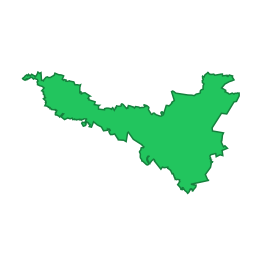 outline of Cereté, Córdoba, Colombia, rotated 4°
{"feature_id": "7082276B12261061715125", "entity_name": "Cereté", "entity_type": "district", "adm_level": 2, "iso_a3": "COL", "parent_name": "Colombia", "parent_adm1": "Córdoba", "projection": "albers", "projection_center": [-75.84, 8.882], "detail": "fine", "context": "isolated", "style": "filled", "palette": "green", "viewbox_px": 256, "rotation_deg": 4, "n_neighbors": 0, "source": "geoboundaries", "source_scale": "gbopen_adm2", "svg_char_len": 5820}
<svg xmlns="http://www.w3.org/2000/svg" viewBox="0 0 256 256"><g transform="rotate(4 128 128)"><path d="M181.5,181.1L183.6,183.0L184.9,184.7L185.2,184.7L185.1,185.5L185.5,185.5L185.5,184.7L185.9,184.7L185.8,185.6L186.2,185.7L186.4,183.7L187.1,183.8L187.0,185.4L188.2,185.1L189.0,186.3L191.0,187.7L192.1,189.0L192.9,188.2L193.5,187.1L194.1,185.1L194.5,184.5L194.8,184.4L195.0,185.0L195.8,184.4L196.4,184.9L196.9,185.3L196.5,186.1L197.0,186.3L198.3,184.1L199.4,182.7L199.8,181.9L199.9,180.2L197.7,180.2L194.7,179.7L212.5,174.5L211.6,174.4L211.1,174.2L208.4,169.0L213.0,161.6L213.5,158.0L213.1,157.2L214.4,156.4L214.7,155.8L212.8,155.1L213.3,154.1L212.8,154.0L212.3,153.5L211.9,153.7L212.3,153.2L212.1,153.0L212.6,152.7L212.7,152.4L212.0,151.4L211.6,150.3L212.4,148.9L217.0,147.4L217.3,147.4L218.0,150.5L221.7,148.3L224.5,148.9L223.4,143.8L228.6,141.3L225.9,139.0L224.6,140.1L222.4,136.3L222.0,134.9L222.1,134.1L222.5,134.1L222.7,128.6L223.6,126.2L212.5,125.1L211.9,122.0L220.2,106.8L225.5,107.1L231.9,94.6L234.3,93.9L236.6,88.4L236.6,87.4L236.4,85.4L236.1,85.4L235.7,85.7L234.9,85.4L233.8,85.9L232.3,85.9L231.3,86.7L229.5,85.9L227.2,87.1L226.7,87.1L226.0,86.8L225.2,86.1L224.6,86.1L223.2,85.2L222.3,85.1L222.8,83.6L218.6,81.5L221.6,77.4L225.8,74.7L228.3,73.7L230.4,72.6L228.5,70.0L228.7,68.8L225.3,68.1L224.1,69.7L223.2,69.3L223.5,68.8L223.2,68.5L218.7,69.4L218.4,67.6L217.0,67.8L211.0,69.3L210.8,69.0L210.3,68.9L210.0,68.4L209.5,68.3L207.6,68.8L206.9,68.6L206.3,68.9L205.1,68.4L205.0,68.0L204.5,67.8L204.2,67.1L203.7,67.0L203.2,67.8L201.3,69.4L200.5,70.9L200.5,71.7L199.6,71.7L198.8,71.2L198.7,71.8L199.0,72.5L199.0,73.3L199.5,73.9L199.7,74.6L198.8,75.5L199.1,77.6L200.3,78.3L200.7,78.8L200.0,80.4L200.1,84.2L198.7,84.6L197.8,85.5L197.5,86.3L197.7,87.6L197.4,88.2L195.3,89.0L193.7,89.4L191.8,91.1L189.3,90.8L185.4,90.9L173.2,89.9L171.4,88.6L170.0,88.0L169.7,88.1L168.9,88.7L172.3,97.4L169.9,99.3L170.2,99.9L167.9,102.7L167.2,103.2L166.4,102.8L164.6,102.8L162.5,111.7L161.3,109.6L160.7,109.5L160.1,109.8L159.8,110.3L159.9,111.0L161.2,113.0L160.9,113.5L159.8,113.9L158.1,113.7L156.5,113.1L155.3,113.0L154.7,112.4L154.0,112.2L153.5,111.5L152.9,111.3L152.0,111.5L151.0,112.8L150.4,112.8L147.1,108.3L147.1,107.8L147.4,106.2L147.1,105.7L145.2,104.4L141.9,103.6L143.1,104.7L144.8,105.2L143.2,105.4L142.4,106.3L142.0,106.5L140.1,106.6L138.1,107.1L137.5,106.4L134.1,106.1L133.8,106.8L133.5,106.7L133.0,107.7L131.6,106.6L131.5,106.8L128.9,105.9L126.8,105.6L126.6,106.9L125.8,107.8L126.3,108.1L125.2,108.7L121.8,105.2L120.8,104.5L120.0,104.4L119.5,105.0L119.7,106.3L119.2,106.7L116.8,107.0L115.1,106.7L114.7,108.5L114.1,108.4L113.9,109.4L113.1,111.3L111.3,108.8L110.6,109.5L110.3,110.5L108.8,109.8L106.9,109.6L105.1,109.7L103.3,110.3L103.3,111.5L97.3,111.2L97.0,108.3L97.9,107.4L96.7,107.5L92.8,107.0L93.4,104.2L87.0,102.6L87.2,101.8L86.0,101.3L87.2,99.0L88.0,98.8L82.7,95.9L80.3,96.3L79.5,97.1L79.0,97.3L78.4,95.6L78.7,95.4L78.5,95.2L77.9,96.1L77.4,96.2L77.1,90.8L77.6,88.2L76.7,88.7L74.5,88.4L72.1,88.6L70.7,85.8L66.8,85.3L66.3,85.0L64.4,85.7L62.8,85.6L62.9,84.5L60.9,84.1L60.4,84.9L59.0,84.0L60.2,80.5L59.8,80.3L57.4,79.7L55.2,79.7L51.3,78.4L50.7,80.5L46.9,83.1L45.2,83.2L44.0,82.6L42.6,83.2L40.8,85.5L40.3,86.9L39.2,86.3L38.4,86.5L37.3,78.8L35.9,79.7L34.7,78.7L34.2,78.5L33.7,80.5L32.0,83.5L31.3,83.1L31.3,82.5L30.5,82.3L28.1,81.1L26.7,82.8L25.0,81.4L24.4,82.9L23.4,82.0L21.8,83.3L21.1,84.4L19.4,85.9L20.0,86.7L22.0,87.5L22.5,86.8L23.2,86.9L23.2,86.6L23.5,86.6L23.2,86.2L23.8,85.8L24.9,86.1L26.8,84.9L27.5,84.2L28.8,84.4L30.3,85.8L31.1,85.1L34.2,86.0L35.0,87.5L34.1,88.4L35.0,90.8L34.8,91.1L35.3,91.3L35.4,91.2L36.8,91.9L39.4,92.4L41.5,93.9L39.3,96.9L41.1,97.5L40.9,98.5L41.2,98.5L41.5,99.8L41.3,99.8L41.3,100.4L42.5,101.1L42.5,103.4L43.0,103.0L43.5,103.6L41.6,104.8L44.1,106.7L43.9,108.2L44.5,108.2L44.1,110.3L43.5,111.6L45.1,111.7L47.2,112.4L47.2,113.0L48.8,113.1L48.8,114.2L50.3,114.3L50.4,114.9L53.7,115.0L53.8,114.7L54.2,114.7L54.2,115.1L54.9,115.1L54.8,115.6L55.7,115.6L55.2,117.6L54.6,117.7L54.6,119.8L55.2,120.1L55.6,119.9L57.2,120.5L58.3,121.0L59.1,121.8L61.8,118.2L62.8,118.4L60.5,121.5L64.1,124.0L67.2,122.2L69.6,122.9L71.6,122.1L72.4,123.5L74.1,122.8L74.4,123.4L75.7,123.1L76.0,123.5L77.4,123.0L77.5,123.1L79.4,122.6L79.6,123.3L80.8,122.8L81.0,123.3L83.6,121.9L86.6,121.9L86.1,122.1L85.4,123.2L84.5,125.6L82.0,125.4L81.5,126.6L83.3,129.3L85.0,128.7L85.9,127.7L85.2,125.7L86.0,125.9L86.4,124.7L88.0,125.4L87.8,125.8L88.3,126.7L89.3,126.7L90.0,127.3L89.2,129.3L91.5,129.7L93.2,124.2L97.1,127.0L101.4,128.8L103.8,132.5L107.6,131.7L107.6,130.7L108.1,131.3L108.7,130.6L108.8,130.9L109.7,130.5L110.4,131.8L109.2,132.6L109.7,134.0L111.0,135.8L113.1,135.6L115.1,134.8L118.2,139.0L118.4,138.9L118.5,139.0L119.1,140.5L124.6,140.5L127.1,141.7L127.9,132.9L128.6,132.1L134.1,138.9L143.2,143.8L143.4,144.5L145.2,145.7L145.1,146.1L144.6,146.7L143.1,146.7L142.5,146.9L142.3,149.1L141.4,150.2L141.1,150.9L141.3,151.6L141.9,152.4L142.2,153.4L142.2,155.4L142.4,156.8L143.9,158.8L144.1,159.9L145.3,160.3L149.0,163.3L149.9,163.5L150.7,163.2L151.0,162.8L151.1,161.7L149.1,159.0L149.1,157.6L148.9,157.6L148.9,157.3L149.1,156.3L149.3,156.3L149.2,156.0L149.8,155.1L149.8,154.9L150.8,154.6L150.9,154.8L150.2,155.2L149.6,156.4L149.5,157.2L149.2,157.4L149.4,157.3L149.6,157.6L149.5,157.9L149.8,158.3L149.8,159.1L149.6,159.1L149.6,159.3L150.0,159.4L150.1,159.9L150.4,159.6L150.7,159.8L150.3,160.3L150.8,161.0L150.9,160.9L151.1,161.4L152.2,162.1L152.5,161.3L154.0,159.0L155.6,157.3L156.5,157.7L156.5,158.5L156.8,158.6L156.6,159.0L163.7,166.8L165.0,164.6L166.8,165.1L170.5,164.3L170.5,165.5L171.5,165.9L172.4,166.7L173.3,167.0L175.3,170.7L176.2,170.4L178.0,174.5L178.3,174.4L178.7,175.5L178.7,176.0L179.3,175.9L179.9,176.2L181.0,175.8L183.1,176.1L183.0,177.6L183.4,177.9L181.5,181.1Z" fill="#22c55e" stroke="#15803d" stroke-width="1.5"/></g></svg>